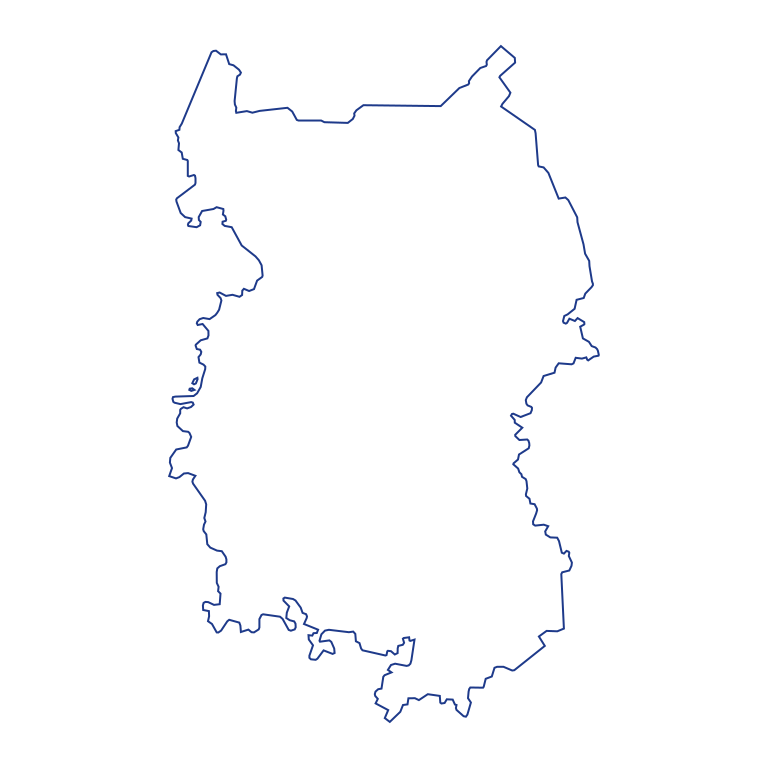 Omsk, Albers equal-area conic projection
{"feature_id": "RUS-2397", "entity_name": "Omsk", "entity_type": "Region", "adm_level": 1, "iso_a3": "RUS", "parent_name": "Russia", "parent_adm1": "", "projection": "albers", "projection_center": [72.959, 56.006], "detail": "fine", "context": "isolated", "style": "outline", "palette": "blue", "viewbox_px": 768, "rotation_deg": 0, "n_neighbors": 0, "source": "natural_earth", "source_scale": "10m", "svg_char_len": 6100}
<svg xmlns="http://www.w3.org/2000/svg" viewBox="0 0 768 768"><path d="M217.0,550.6L210.3,547.6L207.3,544.2L206.3,534.4L203.7,531.1L203.2,529.2L204.0,524.6L205.5,521.5L204.3,518.0L205.7,512.2L206.2,504.4L205.1,500.8L193.1,483.7L192.4,481.7L192.9,479.5L195.4,475.8L188.1,473.1L183.9,473.5L179.4,477.1L176.0,478.4L169.2,476.1L172.0,468.1L169.9,462.6L170.3,457.9L176.2,449.5L186.7,447.4L188.0,445.7L191.2,436.9L189.5,433.0L188.2,431.8L182.9,431.1L177.4,426.0L176.7,422.5L177.2,418.6L180.2,413.3L180.2,409.9L180.8,408.9L183.5,407.2L187.1,408.4L191.0,407.0L193.6,404.6L192.8,402.6L191.2,402.1L180.4,404.1L174.5,402.7L173.3,401.8L172.5,398.8L173.0,397.1L175.3,396.6L193.6,396.0L197.1,393.3L200.7,387.0L202.3,378.3L205.2,369.1L205.3,366.5L203.5,364.6L199.4,362.6L198.5,357.1L200.7,354.4L201.3,351.9L200.1,349.7L196.8,349.0L195.6,345.6L195.8,344.7L200.7,340.3L207.4,338.4L208.5,335.4L208.4,330.9L202.6,324.0L197.7,325.0L196.8,323.3L197.3,321.7L199.6,319.2L203.2,318.0L209.6,319.1L215.4,315.1L217.2,312.8L219.1,309.7L221.4,300.5L220.6,298.1L217.5,294.8L217.2,293.1L219.6,292.5L226.0,295.9L232.5,294.8L239.5,296.8L242.1,295.0L242.3,290.6L243.9,288.8L249.1,291.0L254.0,289.1L257.1,280.6L262.2,276.9L262.6,275.5L261.6,265.3L258.9,260.3L255.5,256.4L241.7,245.5L231.7,227.2L224.7,225.9L222.4,224.0L222.6,221.7L225.8,220.8L226.2,219.7L225.3,216.3L222.9,214.5L223.5,210.6L223.3,209.0L216.6,207.2L213.5,209.0L202.1,211.0L198.7,217.1L198.9,220.0L200.7,221.9L200.1,225.3L196.6,227.2L188.4,226.0L187.9,224.9L188.3,223.3L191.2,220.6L191.6,218.6L185.1,217.1L180.7,213.0L176.5,201.6L176.2,199.6L176.9,198.3L195.0,184.6L195.5,182.9L195.5,178.2L195.0,175.7L193.9,175.0L189.1,176.5L187.8,175.9L187.8,161.0L187.3,160.0L182.8,158.8L181.7,152.5L178.4,150.0L179.0,143.3L177.9,140.4L178.4,137.5L175.8,133.1L175.7,131.1L179.4,129.8L179.6,127.2L181.8,123.6L211.5,52.3L213.4,51.0L216.0,50.7L220.8,54.4L226.0,54.3L229.2,64.1L233.5,65.3L239.0,69.7L240.9,72.6L240.0,74.6L237.4,76.3L236.9,78.3L234.6,101.1L234.9,104.5L236.3,107.6L235.9,111.1L236.3,112.8L246.9,111.1L252.4,112.7L259.6,110.9L287.5,107.8L292.2,111.5L296.8,119.9L298.4,120.5L321.1,120.5L324.4,122.2L347.8,122.9L352.8,119.0L354.5,115.7L354.2,113.4L356.4,110.3L363.4,105.2L440.7,106.1L459.4,88.0L468.3,84.5L469.1,83.2L468.9,81.1L472.0,76.5L480.3,68.0L486.1,66.0L486.8,64.7L486.5,61.9L487.0,60.3L500.9,46.1L514.8,57.9L515.1,62.6L500.1,75.9L499.4,77.3L510.4,92.7L509.0,96.1L502.5,103.8L501.1,106.5L534.9,129.9L535.6,133.3L538.1,165.0L538.7,166.4L543.6,167.4L548.4,172.9L558.7,198.6L565.4,197.5L568.3,200.1L577.2,217.3L577.5,222.2L583.5,244.3L585.1,253.7L589.2,260.9L589.5,266.2L592.0,281.3L592.9,283.8L592.9,285.2L591.5,287.2L585.3,293.6L583.7,298.0L576.6,299.8L574.6,308.8L567.6,314.4L564.3,316.0L563.0,321.1L563.6,322.7L565.8,323.6L567.0,322.9L569.4,318.7L574.9,321.0L577.6,318.1L584.2,322.1L584.4,324.1L584.0,324.6L580.2,326.7L582.9,338.4L588.9,341.8L591.7,346.1L595.5,347.5L597.1,349.1L597.9,350.8L598.8,354.9L598.5,355.7L593.7,356.6L588.2,360.4L587.2,359.7L586.3,357.4L581.9,358.6L575.7,357.8L573.5,363.4L571.6,364.3L558.7,363.3L555.6,367.6L554.5,372.7L543.6,376.0L541.1,382.5L526.9,397.3L525.8,400.1L526.4,403.7L527.6,405.4L531.3,406.9L532.0,407.9L531.8,410.2L530.5,413.2L520.6,417.0L513.3,413.7L512.0,414.0L511.0,415.7L514.7,419.9L514.8,422.7L522.3,427.7L515.2,434.8L515.3,436.1L519.4,440.0L527.2,439.5L528.4,440.6L529.2,443.0L529.4,445.5L528.7,448.3L519.0,454.5L518.0,459.5L513.6,463.3L513.3,464.3L518.1,468.5L519.4,472.3L521.4,474.2L522.0,476.8L525.7,479.1L526.5,481.2L527.3,488.5L525.9,494.3L526.1,496.0L529.5,498.8L530.4,503.5L534.6,504.2L536.9,508.6L537.1,510.2L536.1,513.6L533.0,521.4L533.2,524.3L535.2,525.6L543.8,524.7L548.2,526.2L545.2,531.4L545.8,534.6L550.3,537.4L557.2,537.7L559.0,541.1L561.8,552.7L563.9,553.6L566.5,550.9L568.7,551.7L569.3,552.8L568.8,556.0L571.9,562.6L571.5,565.8L569.3,570.5L562.2,572.3L561.3,574.1L563.9,628.6L557.3,631.3L546.6,630.9L538.9,636.5L544.8,645.9L514.3,670.2L512.2,670.5L503.5,666.8L497.1,666.8L494.5,667.8L491.8,676.5L485.7,678.8L483.7,686.8L483.0,687.7L470.3,687.5L469.2,689.0L468.6,691.6L468.0,698.2L470.9,702.5L467.4,714.6L465.9,716.7L463.6,716.2L456.5,709.9L455.9,708.0L456.5,705.0L454.9,704.5L452.7,699.6L446.8,699.3L444.6,703.0L441.4,703.5L440.3,702.6L439.8,695.9L427.8,694.2L418.9,700.1L414.9,698.2L408.4,698.3L407.5,704.4L403.0,705.0L400.3,711.8L389.8,721.9L384.8,718.1L388.2,710.1L375.6,703.4L377.8,698.9L375.2,695.9L374.8,694.1L375.5,691.6L378.2,689.2L381.5,688.6L383.3,676.8L384.6,675.2L391.5,672.4L387.9,669.9L391.0,665.0L395.1,663.7L406.6,665.9L408.7,665.4L410.4,663.7L411.4,660.2L414.5,639.6L410.3,640.9L409.5,640.5L409.1,637.3L403.8,638.0L402.9,638.7L404.1,642.8L402.8,644.8L398.3,645.9L397.7,648.3L397.6,653.1L394.8,654.5L391.0,651.2L387.9,650.8L387.3,651.3L386.5,655.1L385.4,655.5L362.5,650.3L361.1,648.5L359.5,643.1L355.9,641.3L355.3,633.9L353.2,631.6L348.9,632.2L328.9,629.8L325.0,630.6L321.4,634.3L319.5,640.8L320.0,641.7L329.4,640.4L331.3,641.9L334.2,648.5L334.6,653.0L332.6,653.9L323.6,650.4L317.4,658.7L315.7,659.8L310.9,659.3L309.4,657.8L309.4,655.7L313.0,645.3L308.8,639.5L308.5,635.2L312.3,635.6L313.5,633.2L316.8,633.0L318.1,629.7L304.0,624.0L306.7,618.0L307.0,616.4L306.1,614.2L302.6,612.9L300.7,607.6L295.5,600.5L293.0,599.0L284.8,597.6L283.4,598.5L283.5,600.6L289.2,606.4L286.8,612.7L286.3,618.0L289.7,620.2L294.2,621.4L295.5,623.7L295.7,627.3L294.7,629.4L290.9,630.7L288.7,629.9L282.6,618.9L280.0,616.7L263.1,614.3L261.5,615.0L259.4,619.1L259.4,627.5L258.7,629.4L254.0,632.4L251.5,632.2L248.4,629.6L240.9,632.0L240.4,625.6L239.3,622.6L229.2,619.8L227.3,621.3L221.1,630.6L218.3,632.5L216.7,632.4L212.0,624.0L208.0,621.2L209.1,616.3L208.9,611.1L203.2,610.0L202.9,605.5L203.6,602.9L205.4,601.9L208.2,602.1L214.0,604.9L219.7,604.2L220.5,593.6L218.1,591.2L218.6,586.8L216.8,582.9L216.7,572.0L217.3,568.4L219.8,566.2L225.4,564.2L226.4,562.4L226.4,559.4L225.6,556.7L221.8,551.2L217.0,550.6ZM194.1,379.4L197.4,377.8L197.6,379.2L195.9,383.4L194.0,384.3L192.3,383.2L194.1,379.4ZM192.3,388.3L194.4,389.9L191.3,390.9L189.3,389.9L189.7,388.7L192.3,388.3Z" fill="none" stroke="#1e3a8a" stroke-width="2"/></svg>